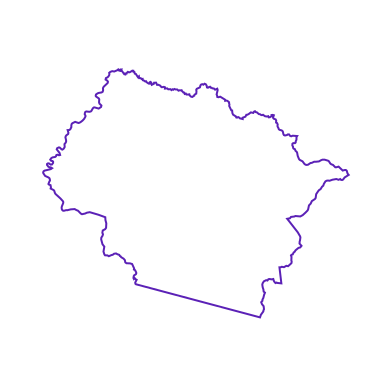 Confresa, Mato Grosso, Brazil, rotated 12°
{"feature_id": "56859067B65031826235038", "entity_name": "Confresa", "entity_type": "district", "adm_level": 2, "iso_a3": "BRA", "parent_name": "Brazil", "parent_adm1": "Mato Grosso", "projection": "robinson", "projection_center": [-51.724, -10.407], "detail": "fine", "context": "isolated", "style": "outline", "palette": "violet", "viewbox_px": 384, "rotation_deg": 12, "n_neighbors": 0, "source": "geoboundaries", "source_scale": "gbopen_adm2", "svg_char_len": 5895}
<svg xmlns="http://www.w3.org/2000/svg" viewBox="0 0 384 384"><g transform="rotate(12 192 192)"><path d="M341.7,142.7L340.4,141.7L338.9,139.0L337.8,138.5L336.4,138.9L335.0,139.7L330.1,136.7L327.8,137.9L327.0,138.0L324.3,136.2L322.4,135.9L321.4,135.4L319.4,133.4L318.6,133.1L315.0,132.8L313.0,133.2L311.6,134.1L309.8,135.7L306.7,136.7L305.2,137.0L303.1,138.6L301.9,139.0L299.8,141.2L298.5,141.7L297.4,141.7L296.2,141.2L293.7,139.0L290.7,138.2L289.8,137.5L287.9,134.7L286.7,131.8L286.1,131.0L284.7,130.2L283.7,128.7L282.4,128.5L281.8,127.9L281.3,126.5L280.5,125.7L280.2,124.0L280.8,123.2L282.6,122.8L283.1,122.0L282.9,120.9L283.3,119.2L282.8,116.5L283.2,115.4L278.8,116.0L277.4,116.9L276.1,116.6L275.0,115.5L273.8,115.7L273.1,116.5L271.2,117.4L270.1,117.2L269.3,116.3L268.5,114.4L267.9,113.6L266.9,113.1L264.8,113.0L263.9,112.6L263.1,111.3L262.1,110.2L261.8,109.1L261.8,108.2L260.9,106.9L259.8,106.6L259.5,104.6L258.7,103.6L256.7,103.3L255.8,102.5L256.1,99.9L254.9,99.8L253.8,100.2L254.1,101.2L252.6,102.7L251.5,103.0L250.8,102.0L249.6,102.6L247.6,102.7L245.4,101.7L244.5,102.3L243.6,102.3L242.4,101.8L241.2,101.9L238.9,100.6L237.7,100.6L236.8,99.9L236.0,100.5L235.5,101.9L233.0,101.9L231.4,103.8L230.0,105.0L229.1,105.2L228.6,107.2L226.1,108.8L226.4,110.1L223.5,110.0L222.7,109.4L221.5,109.1L220.6,109.9L219.8,109.9L219.3,109.0L216.1,107.8L215.1,106.4L214.3,103.9L213.4,103.9L210.5,100.1L210.4,98.5L209.8,97.5L209.6,96.5L207.7,95.5L206.4,95.4L205.5,95.9L205.1,94.8L199.8,92.9L198.2,93.8L197.0,93.8L196.5,92.4L195.8,91.5L195.9,86.9L195.2,85.7L193.3,87.1L191.9,86.2L190.3,86.4L189.4,85.9L188.5,86.1L187.8,85.3L186.8,85.8L185.9,86.7L184.9,86.6L184.2,84.9L183.0,83.7L181.7,83.5L180.8,84.7L179.6,84.4L178.5,85.1L178.1,85.9L178.0,88.0L175.2,90.1L174.9,91.2L175.4,92.4L175.7,94.9L174.2,96.3L174.2,97.3L173.4,97.9L172.7,98.9L171.4,99.0L169.6,98.0L169.1,97.0L167.8,97.5L166.3,97.8L165.5,97.0L164.5,97.6L163.7,96.4L162.9,96.5L162.2,95.9L161.4,95.5L160.7,94.6L159.6,95.0L158.7,95.1L157.7,95.7L156.3,94.8L154.6,95.1L153.3,94.9L152.4,95.9L151.6,95.6L150.7,96.6L149.6,95.9L147.4,96.5L146.2,95.8L144.0,96.5L143.8,95.2L142.6,95.0L140.7,95.8L139.7,95.4L138.9,94.6L136.8,94.1L135.6,94.5L134.1,92.5L132.2,93.0L132.2,94.1L130.4,95.5L129.6,93.7L128.6,92.9L127.9,93.4L128.1,94.8L127.1,95.0L124.7,94.0L124.0,93.2L123.2,93.6L122.2,93.1L120.7,92.9L120.2,91.6L119.2,92.0L118.2,91.3L116.6,91.6L116.0,89.9L115.2,90.9L112.5,88.2L111.4,88.1L110.7,86.6L109.7,86.6L109.4,85.6L108.4,85.7L106.5,87.6L105.5,88.1L104.3,87.8L103.6,88.8L103.4,89.8L102.2,89.9L102.3,90.9L101.3,90.9L98.2,88.1L97.1,88.4L97.5,86.8L96.6,87.0L94.9,88.2L94.3,87.5L93.5,88.5L90.9,90.3L88.8,90.4L87.1,91.5L86.2,92.7L86.7,93.8L86.7,94.9L86.2,96.4L85.5,97.4L84.1,98.5L84.1,100.0L86.0,100.7L86.9,101.7L86.8,103.0L83.8,107.3L83.4,108.4L83.4,109.4L83.9,110.8L83.8,112.5L82.9,113.4L80.1,114.5L79.2,115.1L77.8,116.6L77.8,118.0L78.4,118.6L81.3,119.8L82.0,120.6L82.4,123.5L83.1,124.8L85.4,126.2L85.4,127.7L83.4,129.8L79.1,129.5L78.3,129.8L77.6,130.8L76.7,133.7L76.2,134.3L74.9,134.9L71.8,135.2L71.0,135.9L70.8,137.0L70.9,138.3L71.9,139.4L72.1,140.3L71.3,142.9L70.1,144.9L68.4,146.9L67.4,147.7L66.6,148.1L63.1,147.7L60.7,149.6L60.2,150.4L60.1,151.8L60.5,153.7L59.9,156.0L59.0,156.9L57.5,157.3L58.8,159.8L58.8,161.0L57.3,162.7L56.9,163.7L56.8,164.8L58.1,167.6L58.4,169.0L58.1,170.2L57.3,171.7L58.1,174.4L57.8,175.5L57.3,176.6L56.4,177.5L55.6,177.4L53.3,176.0L52.4,176.1L51.0,177.2L50.8,178.4L54.3,181.3L55.3,183.2L54.3,183.7L52.7,183.5L51.7,184.0L51.5,185.4L50.8,186.2L48.5,187.1L47.4,188.0L46.6,189.8L47.8,190.8L49.0,190.7L49.8,191.1L50.1,192.4L49.3,194.2L48.0,194.6L46.2,193.8L45.2,193.9L44.4,194.7L44.5,195.6L46.2,197.1L47.2,197.4L48.8,197.3L50.2,197.8L49.1,199.0L43.4,201.7L42.6,202.5L42.3,203.6L42.7,204.6L45.0,206.8L48.5,207.6L49.6,208.1L50.3,209.1L50.7,210.4L50.3,211.4L49.9,214.0L50.6,214.5L52.2,214.7L53.1,216.9L53.0,218.0L56.3,218.9L57.1,219.6L58.0,221.3L58.9,222.3L64.7,225.7L67.6,227.8L68.2,228.6L68.3,229.7L67.7,233.1L67.7,234.3L68.1,235.6L68.7,236.5L69.8,237.1L70.8,236.9L72.7,235.9L73.7,235.8L77.0,234.2L80.8,233.1L82.6,233.7L84.4,234.0L87.7,236.2L89.0,236.6L91.9,235.3L93.5,234.1L96.2,233.0L105.2,233.7L112.4,234.7L113.2,237.5L114.7,240.5L115.4,244.9L114.8,246.4L112.7,248.2L112.8,250.6L113.7,251.8L113.6,253.4L112.8,255.5L113.0,257.2L115.3,261.7L117.6,263.7L117.8,268.7L119.3,271.3L120.1,272.0L122.5,271.6L124.0,272.1L126.4,270.4L127.5,269.9L128.6,268.6L130.5,267.9L132.0,268.4L133.9,268.6L134.8,269.6L135.6,269.8L136.3,270.5L138.9,271.4L140.5,272.6L141.4,274.7L142.7,275.3L146.3,274.7L148.4,274.9L151.3,278.8L151.3,279.9L152.6,280.3L154.0,282.1L154.4,282.9L154.2,284.1L152.7,285.6L152.5,286.5L152.6,288.3L153.3,289.2L153.9,288.2L155.1,289.1L156.1,289.4L155.3,292.3L155.7,293.5L156.4,293.9L284.6,300.5L284.9,297.8L286.6,294.0L286.5,292.9L286.8,291.7L285.8,288.8L283.8,287.2L282.6,285.4L283.5,283.8L283.3,282.5L283.8,280.8L283.9,277.7L284.3,275.3L282.8,274.5L282.1,272.5L281.0,270.6L280.0,268.0L280.1,266.5L280.9,264.4L282.9,262.8L284.2,262.9L284.9,261.4L285.9,261.0L288.1,260.9L289.6,260.2L290.5,261.9L291.9,263.3L292.8,263.7L293.6,263.0L294.5,263.2L298.4,262.8L293.2,247.5L294.4,247.2L295.3,246.5L297.6,246.4L299.6,244.6L301.4,244.6L303.6,241.6L304.1,240.7L303.9,239.1L303.4,238.3L302.8,234.7L302.0,233.5L302.4,232.7L303.5,232.1L304.0,230.0L304.8,229.2L305.4,227.5L307.8,224.5L309.4,223.7L310.3,221.9L307.9,220.1L307.6,218.0L307.7,217.0L307.5,214.0L307.0,212.9L303.8,209.4L290.7,198.4L293.3,197.3L294.0,195.8L297.2,194.7L298.1,194.0L303.0,193.4L305.1,191.6L307.2,188.7L308.8,186.2L309.2,185.0L309.2,180.8L310.5,178.7L311.1,176.0L313.7,173.3L314.2,172.1L313.9,168.3L315.3,164.8L316.1,163.4L317.1,162.6L318.1,159.8L319.1,158.5L319.3,156.6L320.3,153.9L321.3,153.0L322.6,152.5L324.2,152.4L326.8,150.8L330.5,149.3L332.8,149.6L334.3,148.5L335.1,149.1L336.3,149.1L337.2,148.4L338.3,146.0L341.7,142.7Z" fill="none" stroke="#5b21b6" stroke-width="2"/></g></svg>